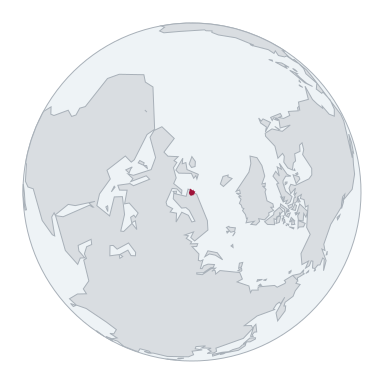 globe centered on Hordaland, rotated 127°
{"feature_id": "NOR-913", "entity_name": "Hordaland", "entity_type": "County", "adm_level": 1, "iso_a3": "NOR", "parent_name": "Norway", "parent_adm1": "", "projection": "orthographic", "projection_center": [5.687, 60.257], "detail": "fine", "context": "on_globe", "style": "filled", "palette": "rose", "viewbox_px": 384, "rotation_deg": 127, "n_neighbors": 0, "source": "natural_earth", "source_scale": "10m", "svg_char_len": 13483}
<svg xmlns="http://www.w3.org/2000/svg" viewBox="0 0 384 384"><g transform="rotate(127 192 192)"><circle cx="192" cy="192" r="169" fill="#eef3f6" stroke="#a8b0b8"/><path d="M23.7,207.1L23.4,202.2L24.7,204.7L25.8,195.4L25.7,191.0L24.7,190.2L25.6,174.1L27.8,164.8L40.5,119.9L43.9,113.6L47.3,109.5L68.2,84.6L51.4,101.7L56.3,94.6L63.5,86.6L63.3,87.8L73.2,79.3L79.9,72.9L93.4,65.7L106.2,66.2L101.7,68.7L105.3,68.8L111.1,65.7L114.1,63.7L134.4,61.7L154.4,55.3L158.7,50.6L159.4,53.9L166.1,43.6L175.7,39.6L166.1,45.9L166.1,47.9L173.2,45.9L174.7,47.6L179.0,47.7L180.2,50.0L174.5,53.8L175.2,55.4L180.2,53.9L184.5,55.5L177.0,57.4L183.8,60.5L175.6,67.9L154.7,72.1L151.3,79.1L132.9,91.2L135.8,92.3L130.6,98.0L132.0,101.6L128.2,103.1L132.5,104.7L135.8,102.7L138.7,102.8L139.9,104.7L135.2,106.9L134.0,106.2L133.2,107.9L130.4,108.2L132.4,109.2L126.6,111.7L133.9,112.2L130.6,116.8L126.4,117.7L124.8,113.6L111.1,106.5L106.3,106.6L101.1,110.6L95.5,126.2L91.0,128.2L86.5,133.7L89.8,134.3L94.6,130.2L99.7,133.0L104.9,128.0L107.8,128.5L114.0,125.1L115.1,130.0L112.9,136.7L107.9,139.8L106.7,142.9L113.3,143.7L105.5,153.4L103.2,166.8L101.0,168.9L93.5,166.1L89.2,156.4L79.4,153.8L87.8,160.1L82.1,165.9L82.0,168.9L83.6,171.4L86.6,171.0L85.1,174.1L76.2,168.8L77.4,165.9L80.2,167.5L78.1,163.1L72.1,160.0L69.7,163.5L63.2,156.0L61.3,158.4L58.9,158.3L62.2,154.8L56.1,161.1L48.0,154.8L39.5,165.4L45.6,151.5L46.4,145.0L46.5,138.2L45.0,139.8L47.3,129.3L45.8,124.0L40.2,128.2L35.3,137.1L33.4,147.7L35.1,147.7L35.0,154.7L30.0,157.7L29.0,172.2L26.2,177.1L25.2,184.2L26.0,190.0L26.4,198.3L28.4,199.4L31.0,205.1L29.2,210.4L32.0,209.9L32.4,216.7L38.5,231.4L37.6,231.5L42.5,249.9L50.7,265.5L52.6,272.2L51.3,272.9L54.8,277.9L54.9,279.5L71.3,298.6L81.8,310.3L82.9,314.8L76.9,313.1L77.9,316.6L69.0,307.9L60.8,298.5L53.3,288.5L46.5,277.9L40.6,267.0L35.4,255.6L31.2,243.8L27.8,231.8L25.3,219.5L23.7,207.1ZM36.9,167.8L36.0,187.2L34.1,179.3L34.9,180.1L35.7,174.4L36.2,165.7L35.2,159.2L36.9,167.8ZM41.9,169.3L41.8,166.4L42.2,168.9L41.9,169.3ZM115.2,62.6L111.1,65.5L105.3,67.8L108.5,65.1L115.2,62.6ZM126.5,59.1L125.0,60.8L121.2,60.1L123.2,59.4L126.5,59.1ZM161.5,47.0L157.8,48.4L160.8,46.5L161.5,47.0ZM179.4,47.3L180.0,46.4L182.0,46.9L179.4,47.3ZM112.9,122.7L113.4,123.9L112.0,123.9L112.9,122.7ZM115.1,120.2L113.1,119.4L113.9,118.1L115.1,118.6L115.1,120.2ZM185.6,50.9L188.6,52.1L184.6,51.5L185.6,50.9ZM117.4,121.6L115.4,115.9L116.8,113.6L122.6,113.9L117.4,121.6ZM189.8,53.1L197.2,56.1L199.1,54.3L198.0,61.4L192.0,56.3L186.7,55.9L189.8,54.8L189.8,53.1ZM136.3,101.2L132.9,103.4L134.7,99.8L136.3,101.2ZM136.7,98.8L137.9,88.0L143.5,85.9L141.9,89.8L148.3,85.8L150.4,90.1L147.4,93.3L143.4,93.7L147.2,95.1L136.7,98.8ZM196.2,64.9L197.2,66.3L195.1,65.6L196.2,64.9ZM140.1,102.5L139.8,100.4L144.6,98.4L146.0,102.2L144.0,101.6L140.1,102.5ZM148.9,82.7L152.7,82.0L155.4,85.3L157.3,85.5L150.9,90.0L148.9,82.7ZM143.5,103.1L146.5,104.3L145.3,107.1L140.6,104.4L143.5,103.1ZM145.3,96.3L147.6,95.6L146.7,97.2L145.3,96.3ZM142.6,118.0L142.2,115.4L144.6,114.0L142.6,118.0ZM147.8,104.5L148.2,103.6L149.1,102.8L150.8,104.1L147.8,104.5ZM153.3,92.1L153.6,93.6L156.0,90.4L158.2,92.8L153.5,95.4L156.4,95.3L157.1,96.1L152.6,97.4L153.3,92.1ZM155.3,103.3L150.2,107.7L150.4,112.8L148.2,114.0L148.2,105.7L155.3,103.3ZM154.1,99.7L154.4,102.2L151.5,102.4L149.6,100.9L154.1,99.7ZM161.3,93.5L159.2,89.1L160.3,88.7L161.3,93.5ZM156.0,104.7L157.2,103.6L156.3,105.0L156.0,104.7ZM160.3,96.9L159.4,95.3L160.7,94.9L160.3,96.9ZM160.4,102.7L158.7,104.1L157.4,103.1L160.4,102.7ZM160.8,100.0L162.8,99.8L157.9,101.9L160.2,99.4L160.8,100.0ZM161.6,96.7L162.1,95.9L161.8,97.4L161.6,96.7ZM166.6,106.0L160.7,108.9L157.7,106.6L163.8,104.0L166.6,106.0ZM359.9,173.2L359.4,171.4L359.2,173.9L357.4,167.7L353.6,164.0L354.3,172.5L352.4,169.1L347.4,169.6L347.4,182.0L348.7,206.4L351.9,216.3L351.0,225.6L342.4,222.1L336.8,215.0L334.8,220.5L325.1,220.9L311.5,237.5L308.5,236.3L306.2,240.7L299.1,243.2L294.3,240.5L290.5,244.1L303.2,250.8L307.2,246.8L309.1,238.0L312.0,241.5L318.6,239.7L314.9,258.0L293.0,286.8L289.3,280.0L264.2,265.9L264.0,262.4L263.8,262.1L263.4,261.6L262.8,267.6L257.9,263.9L273.1,277.0L276.4,283.4L292.8,287.5L291.6,289.6L296.4,289.0L309.7,275.2L310.2,277.8L304.9,294.5L285.0,320.7L286.7,326.0L283.7,331.5L269.3,341.0L268.6,342.5L260.8,346.3L259.9,346.7L247.0,351.8L233.6,355.8L220.0,358.6L216.9,359.0L208.8,355.8L214.8,351.6L214.0,348.3L201.2,340.1L204.1,333.6L200.3,331.0L192.6,332.1L188.0,328.6L183.2,328.5L152.2,327.8L141.8,321.0L127.3,301.0L132.3,295.4L131.6,286.4L164.4,259.6L173.1,262.5L201.0,257.5L204.7,258.5L203.4,266.9L225.8,273.0L230.8,265.1L249.2,264.7L260.2,259.8L260.7,243.4L242.7,251.1L237.6,244.8L250.6,232.3L266.1,225.4L264.6,222.8L253.2,221.0L255.2,213.5L249.1,219.9L252.8,221.7L249.1,225.8L245.5,224.5L246.3,221.8L241.2,222.4L238.6,235.5L242.0,238.7L229.6,244.9L234.1,251.0L231.3,255.3L222.6,246.6L222.2,242.5L207.3,233.5L206.6,238.3L220.6,247.2L216.9,247.2L216.1,254.1L213.9,248.8L198.7,238.1L186.4,241.8L173.5,258.5L165.7,259.3L158.0,255.3L159.9,238.4L177.0,238.4L177.9,232.8L172.1,224.3L177.8,225.2L177.5,221.9L183.8,221.4L190.3,213.1L196.3,211.7L196.6,201.2L199.7,199.2L198.6,205.9L201.1,210.0L215.7,206.6L217.9,203.8L216.9,197.4L221.1,197.4L218.2,191.6L225.6,186.6L214.3,188.0L212.8,180.8L216.0,174.1L213.5,172.1L208.3,183.1L208.1,187.4L211.1,190.6L208.7,202.9L204.1,205.7L199.0,194.1L192.0,196.9L191.0,186.9L205.6,162.5L212.8,156.4L229.5,160.4L229.1,165.6L222.9,166.7L230.7,172.0L229.1,168.5L232.5,168.7L232.0,162.3L234.4,162.1L229.8,156.3L232.7,155.4L235.6,159.1L237.3,149.2L242.8,145.8L242.0,143.7L239.6,142.4L248.1,139.2L247.1,137.8L244.0,138.3L240.0,135.8L236.4,130.4L239.5,129.6L241.3,131.5L249.6,134.3L253.8,139.6L254.7,138.7L251.8,134.0L241.6,130.5L238.6,127.4L243.5,128.4L241.5,127.8L240.9,126.0L243.3,123.7L237.9,122.4L227.6,105.4L231.2,99.4L236.7,101.9L232.8,90.0L237.2,84.7L234.3,85.1L230.5,80.1L229.0,81.6L227.4,81.4L216.9,69.8L216.8,66.7L209.0,62.7L207.5,63.0L207.1,65.0L198.0,61.4L199.1,54.3L202.4,54.0L200.8,50.0L208.7,50.1L214.5,48.5L224.0,51.3L227.7,50.0L226.6,48.6L230.9,46.1L243.4,46.0L238.0,52.1L220.2,54.6L227.9,53.9L227.5,56.0L231.1,57.0L236.4,56.6L236.2,55.3L251.8,65.4L267.3,69.8L262.9,64.2L264.3,61.4L278.0,62.9L302.3,78.9L304.5,76.5L307.4,77.7L311.8,82.7L307.6,80.9L308.2,84.3L305.2,82.7L310.8,90.5L306.7,88.6L313.1,95.8L315.3,95.1L311.9,88.8L319.1,96.1L321.0,92.8L325.8,95.7L338.2,112.8L343.9,125.8L345.2,127.8L345.0,130.7L348.5,139.2L351.7,138.9L352.9,141.5L356.8,155.6L356.2,154.0L355.9,161.6L358.5,169.6L358.8,165.4L359.0,166.2L359.9,173.2ZM155.3,276.1L154.9,279.0L155.3,276.1ZM284.2,225.2L292.4,219.2L285.8,212.5L288.4,209.7L285.2,208.5L285.3,212.0L277.0,208.2L279.5,202.4L277.0,198.8L274.1,200.7L270.9,212.0L282.7,217.4L282.1,222.8L284.2,225.2ZM38.8,231.8L39.3,234.6L38.2,232.3L38.8,231.8ZM32.6,180.2L33.0,183.5L32.8,186.0L32.3,183.8L32.6,180.2ZM39.0,206.5L40.0,210.5L38.4,207.3L39.0,206.5ZM36.1,190.1L38.1,203.6L35.0,197.9L34.0,189.5L35.4,194.0L36.1,190.1ZM39.2,170.9L39.1,173.2L38.3,173.6L39.2,170.9ZM42.1,171.2L41.9,170.5L42.5,168.7L42.1,171.2ZM82.6,166.2L83.3,166.7L84.3,169.6L82.7,169.0L82.6,166.2ZM95.6,178.6L92.8,183.3L93.7,179.4L90.9,179.3L89.2,171.2L99.8,169.6L95.3,171.7L95.6,178.6ZM89.9,160.3L89.8,165.4L89.5,159.9L89.9,160.3ZM169.8,204.9L172.7,207.1L171.4,211.1L163.8,213.4L165.6,207.7L169.8,204.9ZM177.1,209.5L174.1,197.6L178.7,195.9L176.6,198.8L180.0,198.9L177.5,203.7L184.9,213.9L184.2,218.1L170.5,219.7L175.3,216.8L172.2,214.6L177.1,209.5ZM158.3,172.6L157.1,168.1L168.7,170.2L168.5,174.2L160.9,176.6L156.7,173.3L158.3,172.6ZM128.0,123.5L126.8,122.1L128.1,121.4L130.2,122.1L128.0,123.5ZM142.2,116.9L134.7,129.2L132.9,128.1L130.6,136.9L125.1,137.6L126.7,131.8L120.7,139.1L120.0,134.2L116.5,139.5L120.7,126.6L119.8,122.6L123.0,126.7L128.1,126.1L130.1,124.7L134.9,117.8L135.5,109.3L140.7,107.6L144.2,108.6L144.9,110.4L141.3,110.9L144.8,113.0L140.1,115.1L142.2,116.9ZM182.4,125.5L178.0,124.7L184.1,130.3L179.5,132.0L180.5,132.5L177.9,135.6L176.4,140.5L174.0,140.6L174.5,142.4L172.8,144.7L172.6,147.3L168.3,148.5L167.7,151.8L166.0,150.5L166.2,156.0L164.1,152.5L161.7,155.2L165.0,157.2L141.9,158.5L133.9,162.1L128.4,167.3L125.5,160.8L128.8,152.1L135.5,143.5L143.6,141.0L140.8,138.7L143.9,136.9L144.8,139.5L145.3,134.5L148.0,133.7L153.9,126.8L152.8,120.3L155.0,117.7L156.8,119.9L157.6,115.8L162.5,118.2L164.2,116.5L170.6,117.3L173.2,122.7L174.8,120.3L179.8,121.0L182.4,125.5ZM168.4,106.4L172.5,112.2L172.0,116.1L161.0,113.1L158.8,114.4L151.7,112.9L152.6,107.4L154.6,108.3L156.7,107.9L155.5,109.8L158.0,108.0L160.8,109.3L163.4,108.3L164.0,110.4L168.4,106.4ZM207.9,254.8L210.6,254.8L214.7,253.7L214.2,258.2L207.9,254.8ZM197.5,247.8L199.8,246.9L201.1,252.5L198.3,252.7L197.5,247.8ZM200.0,241.9L199.8,246.5L198.2,244.1L200.0,241.9ZM200.6,204.8L203.0,203.7L203.6,205.1L202.9,207.5L200.6,204.8ZM199.6,143.2L197.2,141.9L197.6,140.9L194.5,135.8L197.7,134.3L200.8,136.8L199.6,143.2ZM258.3,247.5L255.8,251.8L253.8,251.1L255.1,249.8L258.3,247.5ZM234.4,256.4L240.4,256.5L234.2,257.6L234.4,256.4ZM202.6,140.7L201.0,138.8L203.6,139.2L202.6,140.7ZM199.9,133.0L202.8,133.0L197.8,133.5L199.9,133.0ZM287.2,331.6L287.5,331.2L293.6,325.3L301.4,318.6L305.8,313.5L306.9,314.5L296.4,324.9L287.2,331.6ZM360.7,183.3L360.2,185.0L360.2,179.8L360.2,175.5L360.7,183.3ZM352.4,216.4L354.9,217.9L354.1,221.9L352.4,216.4ZM341.3,113.0L341.2,112.7L341.3,113.0ZM346.9,130.0L348.1,134.2L347.4,133.2L345.2,127.3L346.9,130.0ZM329.5,98.4L332.6,101.3L333.9,103.0L333.0,102.9L329.5,98.4ZM227.7,126.7L228.4,135.3L231.0,140.8L235.9,142.8L229.4,143.9L225.3,135.3L227.7,126.7ZM227.3,108.0L223.0,106.6L224.6,105.0L225.8,105.1L227.3,108.0ZM224.9,108.8L220.3,111.3L217.7,109.1L221.9,107.5L224.9,108.8ZM211.6,125.8L211.6,128.4L209.4,127.9L211.6,125.8ZM340.4,111.2L340.7,111.9L337.2,106.5L335.3,103.2L338.8,108.5L338.4,107.6L340.4,111.2ZM305.1,71.9L303.4,71.5L300.7,68.6L302.6,69.7L305.1,71.9ZM290.4,59.6L299.5,67.8L306.5,74.9L306.0,73.4L310.6,76.7L309.5,77.9L302.0,71.6L297.4,66.6L293.4,64.6L287.9,60.5L284.0,59.8L280.6,57.8L282.7,57.0L290.4,59.6ZM282.5,59.8L273.8,57.9L270.2,53.5L271.3,52.9L276.8,55.5L278.4,57.7L282.5,59.8ZM270.6,56.2L272.0,58.4L262.1,61.7L259.2,61.4L264.8,56.1L266.4,57.9L269.5,58.0L270.6,56.2ZM198.6,65.5L197.3,66.2L197.5,64.9L198.6,65.5ZM226.7,82.4L224.4,82.0L224.7,80.3L226.7,82.4ZM218.3,79.9L219.5,82.0L216.9,80.1L218.3,79.9ZM222.6,86.9L219.4,83.1L224.3,86.3L222.6,86.9Z" fill="#d9dde1" stroke="#a8b0b8" stroke-width="1"/><path d="M191.8,194.1L191.8,193.9L191.8,193.7L192.1,193.7L192.1,193.8L192.3,193.8L192.3,193.7L192.2,193.8L192.1,193.7L192.3,193.5L192.3,193.4L192.4,193.5L192.5,193.5L192.7,193.3L192.8,193.3L192.9,193.2L192.5,193.5L192.4,193.5L192.4,193.4L192.4,193.2L192.4,193.3L192.2,193.4L192.0,193.2L191.9,193.2L192.1,193.1L192.3,192.9L192.5,192.6L192.9,192.4L192.6,192.4L192.6,192.2L192.8,191.9L192.9,191.7L193.0,191.7L193.3,191.5L193.3,191.8L193.2,192.0L193.2,192.4L193.2,192.5L193.2,192.3L193.3,192.0L193.3,191.9L193.4,191.6L193.5,191.6L193.5,191.4L193.8,191.3L194.0,191.3L194.1,191.2L193.8,191.2L193.7,191.3L193.4,191.5L193.3,191.4L193.5,191.2L193.4,191.2L193.3,191.4L193.0,191.5L192.9,191.6L192.7,191.4L192.7,191.5L192.8,191.6L192.7,191.6L192.7,191.9L192.7,192.0L192.4,192.1L192.3,192.3L192.2,192.3L192.3,192.5L192.2,192.7L192.1,192.8L192.0,192.7L192.1,192.4L192.0,192.2L191.9,192.3L191.8,192.2L192.0,192.1L191.9,192.1L191.9,191.9L192.0,191.7L191.9,191.7L191.9,191.8L191.8,192.1L191.6,192.2L191.6,192.4L191.4,192.2L191.5,192.1L191.3,192.1L191.2,191.9L191.3,191.8L191.2,191.7L191.3,191.6L191.4,191.4L191.4,191.2L191.7,191.5L191.8,191.5L192.0,191.5L191.9,191.4L192.0,191.4L192.0,191.0L192.0,190.9L192.1,190.6L191.9,190.6L191.8,190.9L191.6,190.9L191.4,191.1L191.1,190.8L191.3,190.9L191.1,190.7L190.9,190.4L191.0,190.4L191.1,190.5L191.3,190.6L191.5,190.8L191.6,190.7L191.6,190.8L191.6,190.7L191.4,190.6L191.4,190.4L191.5,190.4L191.5,190.2L191.8,190.2L191.7,190.1L191.4,190.3L191.3,190.2L191.2,190.3L191.2,190.0L191.4,189.9L191.5,190.0L191.9,189.8L192.1,189.9L192.3,189.9L192.5,189.7L192.6,189.8L192.6,190.0L192.8,190.0L193.2,189.9L193.2,190.0L193.4,189.9L193.5,189.9L193.5,190.0L193.7,190.4L193.8,190.4L193.9,190.5L194.6,190.7L194.7,190.8L194.9,191.1L194.9,191.5L194.9,191.8L194.6,192.6L194.3,192.8L194.2,192.9L194.2,193.0L194.1,193.3L193.9,193.4L193.5,193.6L193.4,193.5L193.5,193.3L193.5,193.2L193.4,193.2L193.2,193.2L192.9,193.4L192.7,193.8L192.4,193.9L192.2,194.0L191.8,194.1ZM192.0,190.8L192.0,191.1L192.0,191.3L191.9,191.4L191.7,191.5L191.5,191.1L191.8,190.9L191.9,190.7L192.0,190.7L192.0,190.8ZM191.3,194.3L191.3,194.2L191.5,193.8L191.6,194.0L191.6,193.8L191.6,193.7L191.7,193.9L191.7,194.0L191.3,194.3ZM191.7,193.2L191.7,193.3L191.6,193.5L191.5,193.4L191.4,193.4L191.4,193.2L191.4,192.9L191.5,192.8L191.7,193.2ZM191.9,192.6L192.0,192.5L191.9,192.8L191.9,193.0L191.7,193.1L191.7,192.9L191.6,192.7L191.9,192.6ZM191.4,193.3L191.5,193.6L191.4,193.7L191.2,193.7L191.2,193.8L191.3,193.7L191.3,193.8L191.2,194.0L191.1,193.8L191.2,193.7L191.3,193.5L191.2,193.5L191.2,193.4L191.1,193.5L191.1,193.4L191.2,193.2L191.2,193.3L191.1,193.1L191.3,193.3L191.4,193.3ZM191.2,192.2L190.9,192.0L190.9,191.9L191.0,191.9L190.9,191.7L191.0,191.6L190.9,191.6L191.0,191.5L191.1,191.8L191.1,192.0L191.2,192.2ZM191.0,191.3L190.9,191.1L191.0,191.2L191.2,191.3L191.3,191.4L191.3,191.5L191.2,191.6L191.2,191.4L191.0,191.3ZM191.4,192.5L191.4,192.8L191.3,192.7L191.2,192.6L191.3,192.5L191.3,192.4L191.4,192.5L191.4,192.5ZM190.8,190.9L190.8,191.0L190.7,191.0L190.7,190.9L190.8,190.9L190.8,190.9Z" fill="#f43f5e" stroke="#9f1239" stroke-width="1.5"/></g></svg>